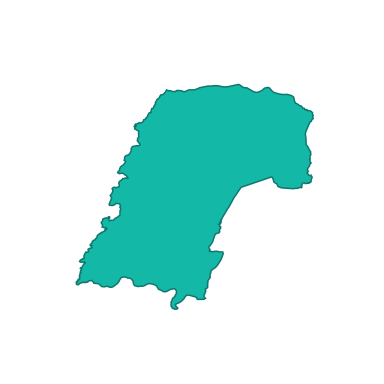 outline of Zoundweogo, Zoundwéogo, Burkina Faso, rotated 69°
{"feature_id": "67063806B75605811528327", "entity_name": "Zoundweogo", "entity_type": "district", "adm_level": 2, "iso_a3": "BFA", "parent_name": "Burkina Faso", "parent_adm1": "Zoundwéogo", "projection": "equal_earth", "projection_center": [-0.952, 11.556], "detail": "fine", "context": "isolated", "style": "filled", "palette": "teal", "viewbox_px": 384, "rotation_deg": 69, "n_neighbors": 0, "source": "geoboundaries", "source_scale": "gbopen_adm2", "svg_char_len": 6048}
<svg xmlns="http://www.w3.org/2000/svg" viewBox="0 0 384 384"><g transform="rotate(69 192 192)"><path d="M96.7,194.4L97.8,196.3L99.4,197.7L99.9,198.7L99.7,199.5L100.2,200.1L102.1,201.5L103.2,201.8L102.8,203.0L102.9,203.8L104.2,205.5L105.6,206.4L106.2,208.2L107.3,209.3L107.3,211.3L108.3,211.9L109.2,213.5L109.3,214.9L108.3,216.5L108.7,217.7L108.7,219.2L109.1,219.9L108.4,220.3L109.1,221.4L109.4,221.4L109.8,220.3L110.4,220.5L110.8,221.3L110.1,221.7L109.9,222.1L110.1,222.5L111.9,222.3L112.5,222.9L115.5,220.5L116.6,220.1L118.3,221.0L119.0,221.0L119.6,221.5L121.5,221.8L122.0,222.9L122.8,223.8L123.5,223.9L124.4,224.7L127.3,223.9L128.0,223.4L128.2,223.7L129.0,223.5L129.6,224.0L129.6,225.7L129.0,226.7L128.2,231.3L129.8,233.3L131.7,234.0L133.5,235.8L134.7,238.3L134.8,238.9L134.3,239.5L134.5,240.9L134.9,241.8L135.5,242.5L137.0,243.0L138.0,244.0L139.6,243.0L140.3,243.4L142.0,246.2L142.9,249.7L144.6,251.3L146.0,252.1L146.4,253.5L147.2,254.5L148.8,253.4L149.3,250.8L150.3,249.3L151.8,248.6L153.0,247.5L154.6,247.2L155.4,246.6L156.1,246.9L156.2,247.2L155.8,247.3L155.3,249.1L155.0,249.3L155.2,250.8L154.6,251.7L155.3,252.8L156.2,256.1L157.5,257.2L160.3,257.6L161.0,258.4L160.7,261.3L159.6,263.1L159.8,264.4L160.3,265.4L162.4,265.3L164.7,267.3L165.9,269.6L168.8,269.1L173.9,273.9L175.0,273.6L175.3,272.5L176.1,271.4L176.2,269.2L175.4,266.8L177.1,263.9L179.2,263.7L180.2,264.8L180.7,264.4L181.4,264.7L182.5,264.5L183.5,265.8L187.8,267.6L188.8,270.8L189.1,273.5L190.3,275.5L189.3,278.0L189.3,279.4L187.4,279.5L186.9,278.4L186.3,278.0L185.5,277.9L185.2,278.4L185.4,279.1L185.8,279.0L186.0,279.8L185.2,282.6L185.3,284.9L186.4,285.5L188.2,287.8L191.0,287.3L192.6,288.5L193.0,287.5L193.7,287.1L194.5,285.9L194.7,284.8L196.1,284.7L195.7,286.1L196.2,287.0L197.1,286.8L197.2,289.3L197.7,290.2L197.3,290.9L197.7,291.5L197.5,292.2L197.9,292.6L197.8,293.3L198.8,296.1L200.3,297.0L200.9,297.7L201.0,298.8L201.7,299.2L202.0,300.8L201.8,301.5L202.4,302.2L202.5,302.9L203.8,303.4L203.9,304.5L204.7,305.3L204.9,306.1L205.5,306.2L206.2,304.9L206.8,305.6L208.0,305.2L208.3,305.4L208.3,306.3L207.9,307.6L208.2,309.5L208.6,309.8L209.9,309.6L210.7,310.4L210.7,311.3L210.0,312.4L210.1,312.8L210.3,312.7L212.1,315.1L213.1,315.9L215.3,316.3L215.1,318.0L215.5,318.2L215.4,319.6L215.7,321.0L216.6,321.4L216.7,321.8L217.2,321.5L218.1,320.3L218.7,317.3L220.0,317.1L220.1,318.3L222.7,321.6L223.0,323.4L223.5,323.7L224.6,322.6L225.6,324.1L226.7,324.9L227.4,324.7L227.3,325.3L229.1,326.3L229.8,327.2L230.7,327.0L231.3,327.6L232.2,327.6L233.0,328.1L233.1,328.5L232.7,328.9L232.7,329.5L233.4,330.0L233.8,329.8L234.2,331.5L234.8,331.3L235.0,331.9L234.7,332.1L235.7,332.8L236.6,332.9L237.5,332.3L237.8,331.4L237.2,329.7L237.0,327.6L237.4,326.6L237.4,325.1L237.9,325.0L238.6,322.8L238.6,322.0L238.3,321.9L238.5,320.9L238.0,320.1L238.7,317.2L240.4,316.6L240.7,316.1L242.0,316.3L243.9,312.5L245.0,311.6L247.8,310.3L248.3,309.6L249.1,307.7L249.7,304.6L250.8,303.7L251.9,302.0L252.2,300.8L252.0,299.0L250.9,295.0L249.7,292.7L247.1,289.8L246.6,288.6L246.8,286.2L248.1,283.7L249.3,283.0L249.7,281.7L251.2,279.9L253.8,279.0L257.1,279.5L258.3,279.3L258.9,279.1L260.8,276.5L262.3,271.4L262.4,269.7L261.9,266.8L262.1,264.9L264.0,261.5L266.2,259.2L267.4,258.6L270.8,258.1L273.4,255.3L274.4,254.8L275.1,253.9L275.8,251.6L275.2,246.9L275.9,243.4L276.8,242.4L278.9,242.0L281.3,243.1L282.6,244.9L283.2,245.0L283.5,246.0L284.3,247.2L284.2,247.8L284.5,248.4L286.3,249.7L286.7,250.5L289.5,251.9L291.4,252.4L293.5,251.9L295.2,250.1L295.9,248.2L295.8,247.3L295.1,246.9L292.8,248.0L291.3,247.9L290.9,246.9L290.7,243.3L290.2,241.1L288.9,238.0L286.9,235.3L286.5,233.3L287.8,230.9L290.2,227.9L290.7,226.7L292.5,225.5L293.4,225.7L294.4,225.1L296.4,219.3L296.1,217.5L294.2,218.3L293.0,217.9L289.7,214.8L287.2,214.2L287.2,212.6L286.4,211.3L285.3,211.4L284.6,210.6L282.7,210.1L281.8,209.3L281.0,209.2L280.3,208.7L278.4,205.7L275.8,204.9L273.9,203.2L272.7,202.7L271.8,201.1L270.9,197.3L270.0,195.4L268.3,192.8L265.3,188.9L260.7,184.9L259.0,184.8L257.9,187.5L255.9,190.6L255.1,194.1L253.6,197.0L253.2,196.9L252.6,195.9L250.2,196.2L249.2,195.9L248.8,195.5L248.6,194.3L246.0,190.7L240.6,186.3L239.6,184.8L239.6,182.3L239.9,181.8L239.1,180.4L236.9,179.8L236.2,178.4L235.7,178.6L235.0,177.7L234.0,178.4L233.5,178.4L232.6,177.8L231.8,178.5L231.7,177.1L231.1,177.5L230.7,177.3L230.6,176.4L231.0,176.3L230.9,175.9L230.2,175.4L229.6,175.8L228.9,174.8L228.4,175.1L228.2,174.9L228.2,174.3L226.6,172.6L220.6,165.0L219.1,162.7L212.5,155.0L205.2,144.5L206.4,112.8L206.9,112.0L208.6,111.6L212.1,112.0L214.9,109.9L217.7,109.7L219.4,108.0L220.6,106.1L225.3,96.1L225.8,93.6L226.4,92.1L226.5,88.9L227.1,88.5L227.1,88.0L226.2,88.3L226.0,87.5L223.6,85.9L223.5,84.4L224.1,83.5L224.5,83.5L224.8,83.0L225.7,79.2L225.5,78.5L225.2,78.8L225.3,77.7L225.0,77.1L223.2,76.3L221.4,74.6L220.2,74.6L219.5,75.2L219.0,75.0L219.1,75.5L218.6,76.6L215.7,77.8L215.6,77.4L215.1,77.3L215.0,76.8L214.3,76.4L214.1,75.9L213.2,76.5L211.7,75.8L209.7,73.0L208.2,71.8L207.6,70.4L205.6,71.0L204.6,70.3L204.0,70.6L203.4,69.8L202.6,69.9L201.7,69.2L200.7,68.9L199.7,67.6L197.9,67.4L197.3,66.8L193.1,67.6L192.1,67.5L188.5,68.4L183.1,66.5L178.3,65.4L175.9,63.6L169.7,57.5L168.8,56.2L168.7,55.2L166.9,53.6L167.1,52.8L166.8,52.5L164.8,52.3L164.0,51.4L162.5,51.6L161.4,51.1L159.6,51.7L158.6,52.6L157.3,55.1L156.7,55.0L156.1,55.4L156.3,56.2L155.5,57.2L154.5,57.0L154.1,57.2L153.6,58.4L151.0,59.1L149.7,60.8L147.7,62.0L145.9,63.6L143.4,63.7L140.1,63.1L139.2,63.4L137.5,64.7L135.0,68.2L133.7,71.9L132.1,75.0L128.5,79.8L126.9,80.9L122.6,82.4L121.6,83.7L121.3,84.7L121.1,87.4L122.2,89.8L122.5,93.0L122.4,95.3L122.0,96.4L120.3,98.7L114.4,103.4L113.6,105.5L112.4,106.9L108.8,109.3L108.2,110.1L106.8,119.6L106.0,122.9L104.9,125.4L102.5,129.1L100.8,132.7L100.0,136.2L98.8,139.1L97.4,147.3L97.6,150.8L97.4,153.3L95.6,157.9L95.7,163.3L93.2,166.3L92.6,168.1L92.0,168.8L91.8,170.5L92.4,171.3L91.8,172.9L91.0,174.4L89.3,176.5L88.9,177.9L87.6,179.1L89.8,182.0L90.6,184.5L90.2,186.6L92.3,188.8L93.1,191.5L95.7,194.4L96.7,194.4Z" fill="#14b8a6" stroke="#0f766e" stroke-width="1.5"/></g></svg>